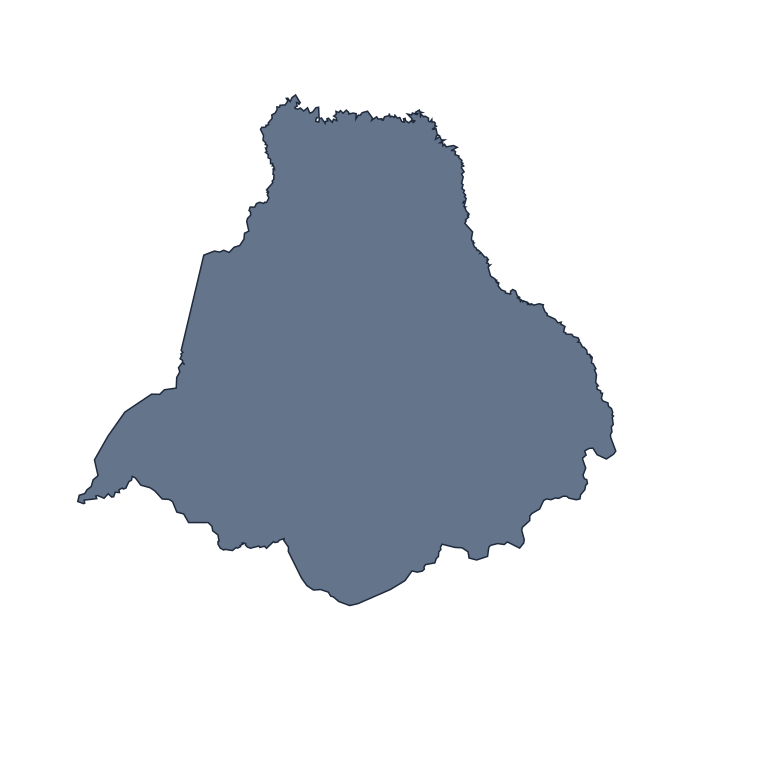 Kalumbila, North-Western, Zambia (Natural Earth projection), rotated 120°
{"feature_id": "96606910B30237809157373", "entity_name": "Kalumbila", "entity_type": "district", "adm_level": 2, "iso_a3": "ZMB", "parent_name": "Zambia", "parent_adm1": "North-Western", "projection": "natural_earth1", "projection_center": [25.402, -12.363], "detail": "fine", "context": "isolated", "style": "filled", "palette": "slate", "viewbox_px": 768, "rotation_deg": 120, "n_neighbors": 0, "source": "geoboundaries", "source_scale": "gbopen_adm2", "svg_char_len": 6171}
<svg xmlns="http://www.w3.org/2000/svg" viewBox="0 0 768 768"><g transform="rotate(120 384 384)"><path d="M337.8,153.9L330.0,150.1L326.2,149.7L316.8,161.1L314.3,162.7L311.5,162.6L307.5,165.7L304.5,165.2L298.8,169.6L297.0,169.2L296.9,170.9L294.1,171.8L291.5,174.8L291.1,178.4L288.4,180.6L289.2,186.3L287.6,188.6L282.7,190.1L283.4,191.7L281.6,193.0L281.9,196.8L279.6,198.6L278.4,197.5L276.9,201.4L269.7,204.6L266.5,208.8L264.9,208.1L261.9,212.9L262.0,214.9L256.8,217.0L256.2,219.0L257.3,218.7L255.5,220.6L256.5,222.8L253.3,225.5L252.2,229.3L252.8,230.4L249.8,235.3L250.8,237.1L248.4,236.8L247.0,239.0L248.2,243.6L247.1,246.2L249.8,251.3L248.8,252.1L249.0,254.7L243.8,256.0L243.7,261.0L241.8,261.4L244.1,264.0L242.3,268.2L243.1,277.1L241.6,277.6L240.9,280.7L237.4,285.2L235.7,285.6L236.9,289.7L240.8,293.7L240.8,296.3L242.8,297.1L241.6,297.2L243.3,299.3L242.7,300.1L242.0,298.9L241.5,300.7L242.4,305.2L243.3,304.9L242.5,307.4L244.1,307.3L242.4,309.1L242.7,311.2L241.1,310.1L241.1,312.5L237.6,316.6L237.8,319.8L240.4,320.8L242.8,319.4L244.5,324.3L243.1,325.1L243.8,329.5L242.0,334.2L239.7,334.9L239.9,336.6L239.0,336.0L239.3,337.3L237.9,338.3L238.9,338.7L237.6,340.1L237.2,345.7L230.7,352.3L228.0,351.6L228.8,352.4L227.5,353.9L227.8,355.7L225.4,355.8L225.1,356.8L224.1,355.9L222.9,358.6L223.7,360.2L221.9,365.3L222.6,366.0L221.7,365.8L220.9,369.6L221.8,370.3L220.2,372.0L220.1,374.2L218.0,376.9L216.8,376.4L216.9,377.6L215.6,378.0L216.1,379.4L214.3,381.0L208.0,383.3L204.4,394.4L201.8,394.3L201.2,395.5L197.2,394.2L197.1,395.2L195.4,395.1L195.6,396.1L194.2,395.5L193.1,399.2L190.6,402.4L189.9,401.9L190.3,403.5L187.0,404.3L187.7,406.2L185.8,406.0L185.5,404.7L182.1,405.7L181.6,408.0L179.6,407.7L178.6,410.9L176.1,411.2L175.8,414.2L171.8,415.2L171.6,417.1L165.1,418.9L163.5,421.8L160.2,420.7L158.1,425.0L156.0,425.4L155.4,423.3L154.8,426.5L153.4,426.1L153.4,427.9L151.4,428.3L150.6,432.5L149.1,433.0L149.8,437.3L147.0,438.2L146.8,440.3L148.4,442.6L142.4,438.9L142.7,443.0L147.5,448.7L146.1,451.4L148.2,452.0L145.8,453.7L147.1,456.2L142.4,453.6L144.0,456.4L141.8,459.3L146.3,461.7L142.9,462.7L141.3,460.8L141.1,462.9L136.9,466.6L139.5,469.7L134.5,467.5L134.5,469.5L132.5,469.9L132.0,471.7L133.1,473.4L130.9,474.9L133.8,475.1L134.1,477.0L131.5,478.4L131.5,482.4L132.7,483.1L132.0,486.0L134.1,486.1L131.4,488.1L129.7,486.5L130.3,489.1L129.1,490.4L133.0,492.6L134.0,492.0L133.1,490.0L134.3,490.2L135.1,494.9L137.1,494.6L138.5,498.6L140.3,492.5L141.6,491.8L140.8,488.8L142.7,489.1L142.9,492.3L145.4,493.1L145.2,496.9L143.4,498.5L144.6,499.7L147.1,497.4L147.9,499.8L145.3,503.6L147.1,505.3L145.8,508.9L147.9,508.4L148.2,511.2L149.6,512.0L147.2,514.7L149.1,513.7L152.3,517.2L155.9,516.6L156.4,518.0L155.3,518.5L157.5,521.5L156.3,524.0L161.7,526.5L159.5,526.8L156.0,534.7L160.0,538.6L163.3,539.0L164.0,540.7L168.4,540.9L163.8,543.2L164.7,546.1L167.8,549.5L166.4,550.3L165.7,553.6L169.9,554.8L169.0,558.4L171.6,559.1L171.9,561.9L174.3,560.2L177.1,561.5L177.2,558.7L179.5,556.5L179.9,560.1L183.2,559.6L181.6,565.1L183.0,566.1L184.3,564.2L185.8,566.0L187.7,565.3L184.9,571.1L186.5,572.6L189.8,571.5L190.7,574.5L187.7,575.6L185.5,573.6L177.0,579.0L178.8,581.1L184.1,581.8L186.5,583.7L183.0,588.3L187.7,590.0L186.8,594.5L189.3,596.3L189.8,598.7L188.8,599.6L186.9,598.1L184.0,600.5L183.3,599.6L184.3,597.5L182.3,597.2L177.9,605.1L182.0,606.9L186.3,606.5L184.6,610.2L185.5,611.4L186.9,608.8L191.7,609.1L194.6,613.4L196.5,612.8L197.6,615.3L199.8,613.8L203.7,613.7L207.1,615.7L209.9,613.7L215.8,614.8L217.2,613.5L219.0,615.6L219.5,614.7L221.2,615.4L222.8,618.2L225.2,618.3L229.1,612.5L233.4,610.7L234.3,607.0L236.0,606.6L235.5,604.6L238.2,603.6L238.9,604.6L241.2,601.7L242.6,602.5L243.1,599.1L246.0,597.5L245.9,594.8L249.9,592.4L248.8,590.6L250.9,589.8L250.1,589.2L252.0,586.8L253.3,587.5L253.3,586.1L254.3,586.7L258.0,584.9L257.9,583.8L262.0,581.8L264.2,582.3L265.3,580.9L274.6,582.8L275.4,580.3L276.4,581.1L276.5,579.7L278.5,579.7L280.4,576.7L285.5,576.5L286.2,578.2L287.8,578.5L288.8,582.6L291.6,584.7L295.5,584.4L297.7,588.4L301.3,587.6L301.6,585.7L304.5,583.9L308.8,585.0L312.0,584.1L319.2,577.5L323.2,580.2L328.6,577.7L336.3,578.2L340.5,582.2L347.5,583.9L348.3,589.7L352.0,592.3L353.6,597.3L362.5,604.5L456.4,576.4L457.1,574.0L459.6,574.9L460.5,573.4L464.1,573.2L464.3,570.2L466.1,569.2L466.9,566.3L466.5,569.4L472.7,570.1L475.6,566.9L482.0,566.8L491.4,561.9L498.8,571.3L505.1,573.1L509.0,580.2L537.9,594.4L567.3,597.0L594.5,596.8L606.4,585.8L612.3,588.0L619.2,586.3L624.0,588.3L628.5,588.4L632.7,592.3L638.9,590.5L637.8,584.3L636.8,583.6L634.5,585.6L626.9,575.4L625.2,577.6L623.8,576.2L622.9,569.3L617.0,568.0L618.1,563.4L616.8,561.7L612.1,562.7L610.3,558.8L608.2,560.7L605.0,558.6L605.3,557.2L603.2,555.5L596.2,556.1L593.5,554.6L589.9,555.8L589.7,552.2L593.2,544.0L590.8,534.7L591.2,528.8L594.5,518.6L591.4,512.3L591.6,508.3L598.5,499.4L596.7,492.5L601.7,483.9L591.9,467.0L593.3,461.9L596.8,458.9L597.7,452.4L602.5,448.3L603.4,449.0L605.7,447.7L608.0,443.7L607.9,439.7L606.8,439.2L604.0,432.0L599.6,430.3L599.3,428.7L596.5,426.9L595.7,427.8L593.0,426.0L592.7,427.2L591.6,425.9L591.6,423.7L592.7,423.5L593.5,420.7L593.0,417.6L586.9,411.3L587.6,409.7L584.2,406.4L585.1,403.6L575.8,400.9L575.9,399.3L574.0,397.0L571.5,396.5L567.9,393.2L569.5,392.7L573.1,385.1L576.9,383.1L593.4,358.3L597.2,349.8L597.7,342.1L593.7,336.1L592.1,328.1L594.4,324.1L593.7,321.5L595.0,314.4L593.0,302.9L587.2,296.7L558.6,275.6L543.8,267.5L531.9,266.3L530.3,261.1L526.9,257.3L524.2,256.5L522.5,257.9L519.6,257.7L513.5,250.5L508.9,251.5L506.2,250.6L502.0,252.6L499.0,252.0L497.1,253.5L493.7,253.6L490.1,240.9L486.8,234.4L487.3,227.3L492.2,223.3L490.1,215.8L481.5,208.1L472.7,211.7L470.2,210.8L465.3,205.7L462.9,199.6L459.1,198.2L458.3,184.5L451.8,183.5L448.7,184.7L441.7,191.7L438.8,192.5L429.4,189.5L425.4,191.7L422.2,191.2L414.4,186.7L405.1,187.5L402.2,185.7L400.7,181.5L397.0,178.6L395.8,175.6L391.7,172.8L389.9,169.7L390.4,166.7L388.1,159.6L385.5,156.8L381.6,158.4L375.2,157.2L370.9,158.7L368.5,158.0L365.5,160.5L365.8,163.2L363.5,166.0L355.9,167.3L350.1,174.1L348.8,174.9L344.5,173.4L341.7,176.8L337.3,174.2L335.1,171.0L338.7,164.1L337.8,153.9Z" fill="#64748b" stroke="#1e293b" stroke-width="1.5"/></g></svg>